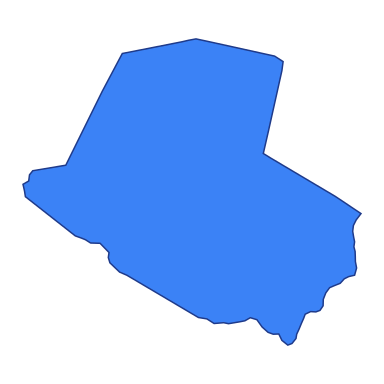 Batalha, Alagoas, Brazil
{"feature_id": "56859067B6821079031532", "entity_name": "Batalha", "entity_type": "district", "adm_level": 2, "iso_a3": "BRA", "parent_name": "Brazil", "parent_adm1": "Alagoas", "projection": "albers", "projection_center": [-37.075, -9.708], "detail": "fine", "context": "isolated", "style": "filled", "palette": "blue", "viewbox_px": 384, "rotation_deg": 0, "n_neighbors": 0, "source": "geoboundaries", "source_scale": "gbopen_adm2", "svg_char_len": 1035}
<svg xmlns="http://www.w3.org/2000/svg" viewBox="0 0 384 384"><path d="M283.1,61.6L274.6,56.1L206.4,41.1L196.0,38.9L188.4,40.3L181.9,41.8L122.3,53.5L102.1,91.6L65.8,165.2L32.8,170.7L29.5,174.8L28.7,181.0L23.0,184.3L24.5,191.0L25.4,196.7L75.3,235.9L81.2,238.0L85.4,239.7L90.6,243.0L100.1,243.3L109.0,252.5L108.3,257.5L109.9,262.8L119.6,272.1L126.8,275.2L198.4,317.5L206.9,318.9L214.1,323.5L223.7,322.7L228.5,323.7L239.8,321.8L244.9,320.8L250.3,317.7L256.9,319.7L262.1,327.0L268.0,332.3L273.2,334.2L278.8,334.0L281.9,340.4L287.8,345.1L292.0,343.5L296.0,338.5L296.7,334.2L299.1,329.0L301.5,323.2L303.5,318.7L305.2,314.2L310.6,311.6L315.9,311.9L320.0,310.4L323.1,305.8L323.3,299.3L325.8,292.9L329.6,287.7L334.2,285.7L340.2,283.3L344.3,278.8L348.7,276.6L354.6,275.2L356.6,268.0L355.4,261.6L355.3,256.6L355.1,251.4L353.9,246.8L354.6,241.8L353.7,237.3L352.7,231.3L353.4,225.5L356.2,219.9L361.0,213.6L335.3,196.4L270.6,158.0L263.3,153.5L268.5,130.8L271.5,117.3L281.9,70.7L283.1,61.6Z" fill="#3b82f6" stroke="#1e3a8a" stroke-width="1.5"/></svg>